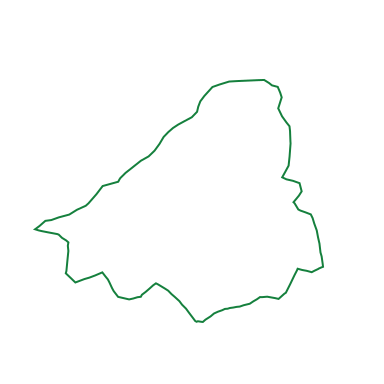 Al-Hamdaniya, Ninawa, Iraq, rotated 193°
{"feature_id": "34846034B85609080446552", "entity_name": "Al-Hamdaniya", "entity_type": "district", "adm_level": 2, "iso_a3": "IRQ", "parent_name": "Iraq", "parent_adm1": "Ninawa", "projection": "robinson", "projection_center": [43.429, 36.19], "detail": "fine", "context": "isolated", "style": "outline", "palette": "green", "viewbox_px": 384, "rotation_deg": 193, "n_neighbors": 0, "source": "geoboundaries", "source_scale": "gbopen_adm2", "svg_char_len": 1947}
<svg xmlns="http://www.w3.org/2000/svg" viewBox="0 0 384 384"><g transform="rotate(193 192 192)"><path d="M221.5,77.2L218.3,78.4L217.7,80.6L214.7,84.2L211.7,88.3L208.9,92.3L206.6,94.9L204.2,94.3L196.9,91.9L193.0,90.5L189.0,87.9L185.2,85.9L179.7,82.8L176.4,80.0L171.6,77.0L167.9,73.8L163.6,70.2L159.8,67.0L158.3,66.6L157.2,67.4L154.0,67.6L152.2,67.8L150.2,70.6L145.9,75.0L143.2,78.6L139.8,81.2L136.0,83.6L133.6,85.5L131.0,86.3L129.0,87.5L125.8,88.7L122.7,90.1L119.7,91.1L116.2,93.3L114.2,94.3L110.6,96.1L107.6,99.3L104.6,102.1L102.1,104.9L100.1,105.3L95.2,106.9L87.2,107.3L84.5,107.3L83.6,107.3L79.1,113.7L77.9,114.9L75.6,124.3L73.4,134.1L72.1,139.2L71.8,141.0L67.1,140.8L62.6,141.0L57.3,140.8L55.0,142.8L51.7,145.4L51.4,145.8L49.3,147.4L47.5,148.6L48.5,151.4L51.2,158.4L53.2,162.0L56.2,170.4L59.0,176.2L61.8,182.6L65.8,188.8L68.6,193.7L71.2,196.9L76.9,197.7L82.2,198.3L84.5,198.9L89.5,204.1L90.8,204.9L87.0,212.5L85.3,217.3L89.2,224.8L96.1,225.6L102.9,225.6L107.4,226.6L105.8,232.2L103.8,239.4L104.9,248.5L106.9,261.5L107.5,263.5L110.2,273.5L111.8,278.0L115.5,280.9L121.3,286.0L126.8,292.9L125.9,304.4L128.4,308.6L132.1,313.7L138.1,313.9L141.4,315.5L146.9,317.4L153.3,315.7L173.1,310.2L180.6,308.0L189.4,302.9L195.7,298.9L201.6,288.3L204.3,282.2L205.1,276.5L205.1,271.3L209.0,264.8L215.3,259.3L220.6,254.6L224.9,250.1L228.6,245.0L232.0,239.3L234.5,231.5L237.8,223.8L242.3,216.9L248.8,211.0L261.1,195.6L265.0,189.4L265.5,188.0L266.2,185.4L280.4,177.7L284.6,168.4L290.3,157.7L292.4,154.7L300.1,148.8L306.5,142.4L316.1,137.3L322.8,133.0L328.4,130.9L333.0,124.5L336.5,120.4L332.9,120.1L329.4,120.1L323.4,120.3L313.8,120.7L312.3,120.5L308.4,118.1L303.7,116.5L301.1,115.1L300.9,111.7L299.2,106.7L298.1,98.1L296.6,86.7L296.7,84.4L290.6,80.8L285.3,77.6L277.2,83.0L272.7,85.5L267.6,88.9L261.3,93.5L257.4,90.3L254.3,87.9L252.1,85.3L248.3,80.4L246.0,77.8L240.4,73.2L229.1,73.2L225.3,75.0L221.5,77.2Z" fill="none" stroke="#15803d" stroke-width="2"/></g></svg>